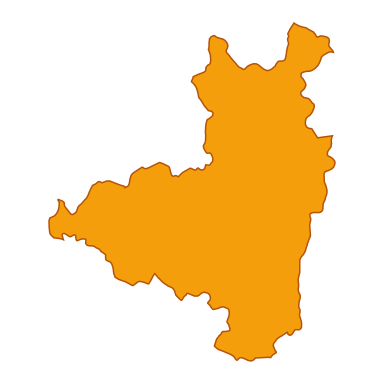 outline of Phuc Hoa, Cao Bằng, Vietnam
{"feature_id": "81297802B46332855119377", "entity_name": "Phuc Hoa", "entity_type": "district", "adm_level": 2, "iso_a3": "VNM", "parent_name": "Vietnam", "parent_adm1": "Cao Bằng", "projection": "robinson", "projection_center": [106.527, 22.563], "detail": "fine", "context": "isolated", "style": "filled", "palette": "amber", "viewbox_px": 384, "rotation_deg": 0, "n_neighbors": 0, "source": "geoboundaries", "source_scale": "gbopen_adm2", "svg_char_len": 5936}
<svg xmlns="http://www.w3.org/2000/svg" viewBox="0 0 384 384"><path d="M294.0,23.0L290.0,29.2L287.8,33.8L287.9,34.5L288.7,35.6L288.7,36.1L287.7,38.6L287.6,39.7L288.5,43.3L288.5,44.4L287.4,47.1L286.6,51.1L286.4,53.4L285.6,57.7L285.0,59.5L283.8,60.6L282.3,61.1L279.6,61.1L278.4,61.3L277.8,61.9L276.1,64.1L275.1,66.1L271.9,68.9L270.0,69.9L268.4,70.5L266.6,70.5L263.3,68.9L258.3,64.8L256.4,63.9L253.9,63.7L251.6,64.3L248.4,65.7L246.9,66.9L244.7,69.2L243.5,69.4L241.2,68.1L238.9,67.0L237.1,65.2L235.3,62.8L233.3,60.7L230.8,57.7L229.0,55.2L226.7,52.7L226.3,51.7L226.2,50.5L227.3,48.1L227.8,46.3L227.7,44.6L226.7,42.5L225.1,40.5L222.9,39.1L217.7,37.7L216.2,37.0L215.2,36.1L214.1,35.6L212.9,35.9L211.1,36.8L209.5,39.0L209.0,43.7L209.1,46.4L208.4,49.7L209.0,50.9L210.4,55.2L210.7,60.5L210.2,63.3L209.3,64.5L207.6,65.3L206.8,66.3L205.9,67.7L205.8,70.0L205.2,71.4L203.5,72.4L197.9,74.5L193.2,76.7L193.2,77.0L192.6,78.9L191.5,81.2L191.6,81.9L193.4,83.4L194.8,85.2L196.2,87.4L197.4,90.8L198.9,97.8L200.8,100.0L204.2,105.6L208.3,110.6L211.5,111.3L212.4,112.3L213.0,113.1L213.0,114.1L212.6,115.5L211.3,116.9L208.9,118.8L207.3,119.6L206.9,120.4L205.8,124.8L205.4,132.1L205.7,135.5L205.5,141.0L204.8,143.3L203.9,144.6L203.4,145.8L203.5,147.6L204.2,149.1L205.5,151.5L206.6,153.0L207.3,153.2L208.3,153.2L209.8,152.9L211.2,154.1L212.2,156.3L212.8,158.8L212.6,161.6L211.2,162.9L210.0,164.6L209.3,165.1L208.5,165.2L205.8,164.8L205.5,165.5L204.8,168.3L204.0,169.3L202.4,169.9L201.1,169.9L199.8,169.4L198.4,168.1L197.4,168.2L196.0,169.9L194.8,170.1L190.9,168.3L190.0,168.3L182.6,172.5L178.3,176.7L176.3,175.7L175.5,175.6L173.6,176.2L172.8,176.2L171.7,175.2L170.8,173.0L170.2,170.2L169.4,167.6L168.6,166.4L163.0,163.7L159.8,162.5L159.0,162.7L148.4,167.9L145.4,168.8L144.2,168.3L142.4,167.2L142.1,167.2L138.1,169.7L132.4,173.6L131.0,175.7L129.9,179.4L129.3,183.4L128.4,185.5L127.7,186.3L125.1,187.6L125.1,187.1L124.8,186.6L123.7,186.1L119.7,184.9L109.4,180.9L106.4,181.1L102.0,182.8L100.5,182.0L99.2,181.5L98.2,181.8L95.5,184.0L92.5,185.4L89.8,190.9L87.6,196.3L86.2,198.5L84.6,200.0L81.5,203.7L79.1,205.7L77.9,207.3L77.3,209.0L77.0,210.4L75.5,212.9L72.2,214.7L70.5,213.7L64.6,206.2L64.1,202.5L62.7,201.2L58.5,199.5L58.0,199.6L58.2,200.6L59.3,202.5L59.0,207.1L58.1,210.6L57.6,211.7L56.2,214.0L54.4,215.9L50.0,218.0L49.3,219.5L49.0,221.4L49.2,227.5L49.6,231.5L50.1,233.9L51.6,235.7L53.9,237.8L59.8,238.6L62.4,239.2L63.4,239.7L62.3,236.0L62.2,234.6L62.6,233.8L63.5,233.5L64.8,233.6L69.7,236.7L71.0,236.6L74.0,234.8L75.1,235.0L75.6,235.6L76.1,239.5L76.6,240.5L77.3,240.7L81.2,239.1L83.8,238.9L85.5,239.2L85.9,239.9L85.7,243.7L87.2,245.3L88.5,245.7L93.0,246.0L94.8,246.7L96.1,247.7L99.3,249.2L101.1,251.6L104.7,253.9L105.6,255.0L105.6,258.0L105.8,259.5L106.7,260.5L109.6,261.7L110.9,262.6L111.8,264.1L113.1,268.0L113.7,273.0L115.1,277.2L118.7,279.4L125.7,281.9L130.6,284.5L131.8,285.4L133.2,285.5L138.2,281.7L139.8,281.4L143.1,282.0L148.1,283.9L148.7,283.8L151.2,279.8L153.2,275.8L154.8,273.6L158.1,277.6L162.9,282.4L168.1,286.0L172.2,287.8L173.5,289.2L174.5,290.8L175.9,295.2L179.3,298.7L180.8,300.1L181.4,300.3L182.0,300.0L184.0,296.7L186.2,294.9L186.9,293.4L187.1,293.3L188.0,293.4L194.6,296.1L197.9,296.0L199.5,294.9L201.5,293.1L204.1,292.2L207.8,293.1L209.4,294.6L210.2,296.4L210.4,298.4L210.1,299.8L207.8,302.6L207.8,303.4L208.4,303.8L209.8,305.3L212.2,308.8L213.5,309.5L218.0,308.4L221.2,307.1L223.5,306.9L224.7,307.3L228.0,308.8L228.9,309.9L229.3,313.0L229.0,315.7L227.1,321.1L227.1,322.4L228.6,324.5L230.0,329.0L229.9,330.1L228.7,331.0L225.3,331.5L223.0,331.5L221.7,332.4L221.5,333.2L220.5,334.7L219.2,335.5L218.6,336.6L216.7,339.0L216.1,340.6L214.4,346.2L216.9,348.4L219.0,349.8L221.3,350.5L230.6,354.4L233.1,355.9L234.7,357.6L235.8,359.5L237.0,360.3L239.6,357.9L240.9,357.6L243.1,358.1L248.4,360.5L251.4,361.0L253.8,359.8L255.5,358.0L268.1,357.3L270.7,357.6L271.3,356.6L273.0,354.7L276.2,352.7L276.3,352.1L275.9,351.4L275.2,350.7L273.3,345.9L273.4,344.3L273.9,343.1L277.4,338.5L280.3,336.6L282.3,335.6L283.5,334.6L287.3,332.3L288.2,334.5L289.3,335.1L290.6,335.1L291.5,334.7L292.3,333.9L295.0,329.8L296.0,329.6L297.5,329.8L299.4,329.7L300.8,328.6L301.4,327.6L301.6,324.2L301.4,321.8L299.7,316.1L299.5,314.8L300.0,311.9L300.1,310.2L298.8,307.0L298.8,304.6L299.2,301.5L300.1,298.4L300.2,296.7L300.1,294.9L298.6,292.1L298.2,289.7L298.7,285.4L298.1,279.6L298.9,275.7L299.7,273.0L299.8,259.9L300.6,258.1L301.5,256.6L303.0,255.0L304.5,252.6L305.2,251.2L307.7,243.2L309.5,237.9L310.3,236.7L310.4,234.3L309.7,225.9L309.9,223.3L310.7,220.3L310.7,219.4L310.6,218.2L310.0,216.5L309.9,215.3L310.0,214.0L311.1,213.2L313.7,212.5L319.1,212.6L320.9,212.0L321.7,211.4L322.5,210.3L322.9,208.6L323.1,204.7L323.3,203.3L325.1,199.6L325.5,197.3L326.5,195.0L326.9,192.9L327.0,190.9L326.7,188.8L325.7,185.2L324.4,182.3L324.0,174.8L324.3,173.0L324.9,172.0L325.8,171.4L328.0,170.7L330.3,169.7L332.3,168.5L333.5,167.2L334.4,165.4L335.0,163.1L334.7,161.1L333.3,159.2L331.1,157.4L328.1,155.9L327.3,154.8L327.6,151.8L328.4,150.4L331.0,146.9L331.2,145.5L331.2,144.8L331.1,144.2L331.6,143.7L331.3,142.1L331.3,140.3L331.6,137.8L332.4,135.8L317.6,137.8L314.4,132.9L312.0,129.0L311.4,128.6L309.6,128.5L308.1,128.0L307.1,127.3L305.9,125.7L305.3,123.7L305.5,120.9L306.3,118.1L307.8,116.6L309.7,115.4L310.7,114.3L312.5,111.7L314.1,107.7L314.3,106.1L314.2,105.1L313.6,104.0L311.9,102.6L310.0,99.9L308.6,98.6L303.6,97.4L301.8,95.8L300.9,94.5L300.7,93.1L300.8,92.2L304.4,88.7L305.8,85.6L305.8,84.0L304.7,81.7L303.1,78.9L301.1,76.9L301.0,75.5L301.1,74.3L301.5,73.1L303.7,72.0L306.9,71.3L309.6,71.2L311.9,70.5L315.0,68.5L318.0,65.4L319.5,62.6L320.8,59.4L321.4,57.2L323.1,55.4L327.9,52.6L329.9,52.0L331.2,51.8L333.4,52.4L333.2,51.7L332.9,51.0L329.2,46.5L328.7,44.6L329.4,41.3L328.8,38.5L327.1,37.2L323.6,36.2L320.6,35.9L318.0,36.9L317.1,37.0L316.5,36.5L315.0,34.0L313.5,32.0L308.8,29.6L305.9,27.7L303.0,27.2L299.1,26.0L294.5,23.5L294.0,23.0Z" fill="#f59e0b" stroke="#b45309" stroke-width="1.5"/></svg>